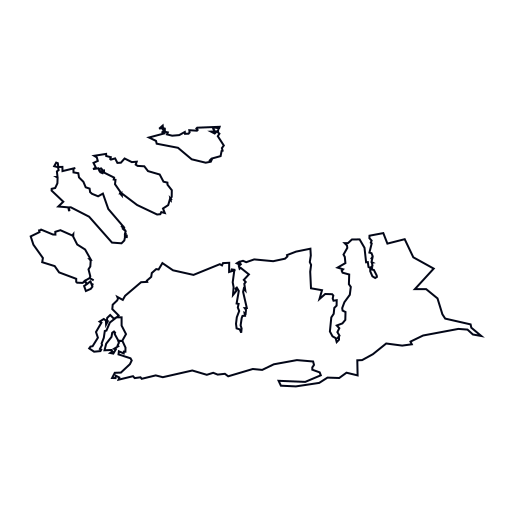 Haram nor, Møre og Romsdal, Norway (Mercator projection)
{"feature_id": "86288312B90203417254551", "entity_name": "Haram nor", "entity_type": "district", "adm_level": 2, "iso_a3": "NOR", "parent_name": "Norway", "parent_adm1": "Møre og Romsdal", "projection": "mercator", "projection_center": [6.407, 62.619], "detail": "fine", "context": "isolated", "style": "outline", "palette": "ink", "viewbox_px": 512, "rotation_deg": 0, "n_neighbors": 0, "source": "geoboundaries", "source_scale": "gbopen_adm2", "svg_char_len": 6031}
<svg xmlns="http://www.w3.org/2000/svg" viewBox="0 0 512 512"><path d="M383.3,233.1L369.5,235.7L369.4,238.2L371.6,240.6L370.8,242.7L371.7,243.4L369.4,252.6L371.5,253.2L372.7,256.3L371.7,258.1L372.4,258.1L371.5,262.0L372.6,262.6L371.9,262.7L372.5,265.8L371.3,266.9L372.1,267.9L371.4,269.4L373.9,270.0L376.7,275.5L376.9,276.9L375.2,278.0L372.4,276.3L370.2,271.2L370.3,268.0L368.5,267.0L367.8,262.1L366.1,262.3L364.5,247.8L359.6,239.4L351.9,239.5L348.0,243.1L344.6,243.1L347.0,245.5L347.3,247.9L343.5,254.6L344.8,256.9L345.4,263.1L337.6,267.6L343.1,269.3L341.7,270.8L342.6,272.7L349.2,274.5L348.9,284.2L350.8,286.9L349.8,294.8L344.4,302.2L342.2,308.1L342.6,310.6L345.5,312.0L345.3,319.9L342.4,323.4L336.8,325.5L339.3,328.2L337.4,332.1L339.5,335.7L337.6,338.0L339.0,338.1L339.0,339.7L336.7,342.1L335.6,338.1L332.5,336.3L329.9,331.5L331.3,317.4L333.7,313.8L334.3,307.9L336.6,305.6L336.7,300.2L333.5,300.7L332.7,298.5L333.3,295.5L332.1,294.2L325.2,294.0L319.5,299.0L322.0,290.2L311.0,288.3L310.2,271.7L311.1,264.9L309.8,262.1L310.8,255.5L310.4,248.7L296.1,251.6L287.0,255.1L287.4,256.5L285.0,258.7L273.2,261.2L254.2,259.4L246.2,262.2L243.0,260.8L238.9,262.0L236.8,263.3L238.5,264.1L239.3,262.3L240.8,264.3L238.8,265.9L239.6,268.7L240.6,267.8L248.9,274.4L243.8,279.9L245.7,282.0L244.3,283.8L245.3,290.4L243.8,288.7L243.1,291.9L246.8,308.0L244.7,308.1L246.0,309.8L245.6,313.7L244.5,313.0L245.0,315.8L242.5,315.9L241.7,318.0L240.6,325.4L241.6,328.5L241.2,332.7L239.8,329.4L236.6,328.4L236.0,323.8L236.8,317.3L239.2,311.0L237.8,307.5L238.6,303.9L236.6,303.5L238.8,291.0L236.8,287.6L235.7,288.5L236.3,290.9L233.0,295.0L233.6,287.2L232.7,282.3L234.4,269.8L230.9,269.3L233.5,270.6L229.1,272.0L229.2,262.8L223.0,263.1L222.0,265.4L219.8,264.2L193.5,274.9L173.0,270.3L162.4,263.1L158.6,269.5L156.2,269.1L151.8,273.0L151.2,276.9L146.8,280.7L147.2,281.9L141.1,282.2L125.1,295.8L122.8,299.9L117.3,296.9L118.0,298.6L117.2,300.4L112.7,304.7L112.3,309.1L118.6,315.4L116.7,317.3L121.6,317.3L121.6,325.6L126.0,334.1L122.3,340.7L125.5,347.6L125.4,351.7L123.9,351.6L123.7,353.4L118.9,351.3L118.5,354.4L130.5,358.3L131.7,360.5L129.9,364.2L120.9,372.6L114.8,372.8L112.1,378.0L115.5,378.1L115.8,375.7L119.3,377.5L118.5,379.7L133.0,376.2L134.7,378.1L140.5,377.3L141.7,378.8L155.7,375.4L162.8,377.2L192.3,370.5L206.8,374.8L213.2,372.8L217.7,374.6L224.9,373.8L228.2,376.3L252.8,369.0L262.2,369.9L273.8,364.3L296.9,360.1L313.1,361.5L314.0,364.9L312.3,367.4L312.3,369.7L319.7,372.4L320.8,375.3L305.2,381.9L278.6,380.8L280.9,385.7L295.9,386.4L319.2,382.9L327.5,377.6L339.2,378.0L346.5,372.7L357.6,375.4L357.3,360.3L362.1,360.1L372.9,354.2L386.2,343.5L402.2,345.6L411.8,344.3L410.5,341.6L423.1,335.5L458.4,328.9L467.5,329.6L472.9,334.5L481.3,336.0L471.3,327.7L470.6,324.4L445.2,318.6L442.4,314.3L437.5,298.4L426.1,289.1L414.9,289.1L433.7,268.6L413.3,257.3L404.7,239.2L387.4,243.6L383.3,233.1ZM106.1,153.9L94.2,155.8L96.8,157.4L97.8,160.9L93.5,162.9L95.8,167.5L93.1,169.1L98.3,168.3L99.4,170.9L100.6,172.6L99.1,169.0L101.1,168.4L102.8,170.3L101.4,172.7L102.6,173.2L103.5,171.5L102.6,170.9L104.0,170.5L104.1,172.6L114.1,177.6L113.7,179.5L115.5,179.8L115.0,184.2L120.5,192.1L120.1,193.1L121.2,192.8L120.7,194.2L121.7,195.3L121.4,193.1L137.1,205.0L157.1,214.5L160.3,214.2L161.3,212.1L164.8,213.0L163.0,208.5L168.2,205.1L169.8,199.6L170.6,200.3L170.3,198.5L171.7,200.2L170.5,198.1L171.7,196.9L171.8,190.2L167.5,184.7L167.4,182.6L163.5,181.7L159.7,174.5L148.0,171.1L144.3,166.3L137.6,165.9L135.7,164.6L136.7,161.7L131.8,162.1L124.6,158.5L120.9,162.7L117.4,162.9L115.1,158.4L110.9,159.6L110.2,159.0L110.8,157.2L106.2,156.0L106.1,153.9ZM56.2,162.6L54.2,166.2L58.0,167.2L58.6,170.2L56.9,171.4L57.5,177.0L56.5,177.0L57.6,177.7L57.4,183.3L55.2,188.0L51.7,188.8L51.6,190.6L63.3,201.7L58.3,206.5L68.6,207.4L68.5,208.3L68.9,210.3L69.5,211.0L68.7,207.4L70.8,207.3L89.1,216.7L112.0,242.6L121.5,243.3L124.3,240.5L125.0,237.1L126.8,236.9L126.7,234.7L126.4,236.9L124.9,236.2L125.0,234.0L126.6,234.0L125.0,233.7L125.7,231.2L123.6,229.4L124.2,229.3L123.2,228.2L124.1,227.7L123.8,227.2L123.1,227.9L121.8,226.4L122.2,226.0L123.2,227.1L123.6,226.9L108.3,209.0L102.9,193.6L98.1,196.3L92.0,193.8L90.1,192.1L89.6,188.6L85.7,187.3L83.4,181.8L79.0,177.4L78.3,173.2L73.5,172.4L73.4,168.9L72.4,169.0L75.3,168.0L62.5,171.1L62.4,166.9L58.3,167.0L57.8,163.2L56.2,162.6ZM52.9,234.5L40.4,229.3L41.1,230.0L39.1,230.4L39.5,232.1L30.7,236.4L33.4,244.7L42.9,258.0L42.2,262.2L54.7,266.1L59.1,272.4L76.2,278.8L76.2,281.8L77.1,282.7L82.7,282.9L84.8,280.9L85.2,282.1L86.9,284.1L84.1,286.0L85.9,291.0L90.7,288.9L92.4,286.7L91.8,285.0L93.3,284.2L91.6,284.3L90.4,281.5L91.1,280.8L87.0,284.0L84.9,280.8L89.6,278.1L93.7,280.3L89.6,278.1L90.3,276.3L88.5,269.3L90.3,266.5L90.7,260.6L89.7,259.4L90.8,259.6L85.1,249.5L77.2,244.5L73.2,236.6L73.3,234.2L72.3,235.5L60.4,230.2L55.3,231.8L55.4,234.6L52.9,234.5ZM162.7,125.6L159.2,128.7L161.7,128.0L164.0,130.8L162.4,132.1L164.0,133.5L149.0,137.5L156.0,140.9L156.7,143.7L178.0,147.8L191.7,159.3L205.7,162.7L210.8,161.7L211.3,160.6L210.4,161.0L209.8,160.4L211.6,158.6L220.6,156.1L221.6,151.0L222.6,150.7L221.9,148.1L223.8,145.5L217.8,136.2L219.4,133.7L218.0,132.4L218.1,130.2L214.7,133.5L211.0,131.6L215.1,131.4L213.2,128.8L214.5,127.5L219.1,128.3L219.6,126.8L197.2,127.7L196.4,128.5L197.6,130.0L196.9,130.7L189.3,130.2L189.6,132.4L188.5,133.7L185.0,133.8L184.8,132.0L179.2,135.1L172.2,135.7L167.0,134.4L167.8,132.4L164.9,131.8L164.8,128.6L163.0,128.1L162.7,125.6ZM113.9,318.7L110.2,315.0L107.2,317.9L106.9,320.9L107.8,321.2L106.1,324.5L105.9,320.5L103.8,319.0L99.6,321.6L101.4,322.7L96.0,332.0L97.9,337.7L92.6,346.2L90.5,346.6L89.2,348.4L94.1,351.7L100.4,351.1L101.2,349.7L99.9,349.0L102.1,345.0L101.6,343.5L103.8,337.8L104.8,331.0L106.4,330.6L109.9,322.5L116.6,317.3L113.9,318.7ZM114.6,333.9L115.1,332.7L114.0,331.5L112.2,332.8L111.5,336.9L106.2,343.7L104.5,350.3L111.4,350.0L112.4,351.4L110.2,353.0L113.3,353.6L115.8,349.4L114.1,348.8L118.3,346.2L117.6,345.4L118.9,342.8L118.3,341.1L122.2,341.0L118.3,340.6L114.6,333.9Z" fill="none" stroke="#020617" stroke-width="2"/></svg>